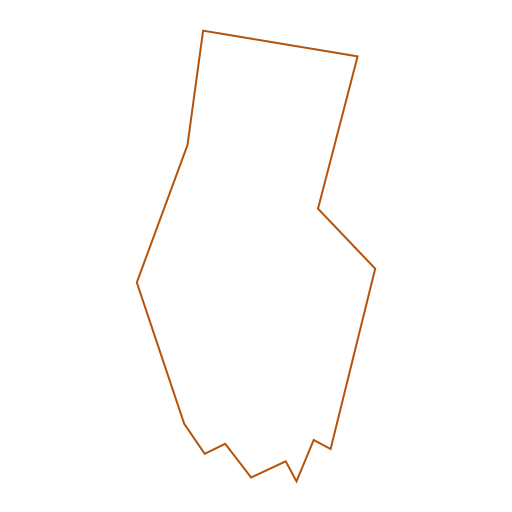 outline of Kapoeta North, Eastern Equatoria, South Sudan
{"feature_id": "79223893B90459000801703", "entity_name": "Kapoeta North", "entity_type": "district", "adm_level": 2, "iso_a3": "SSD", "parent_name": "South Sudan", "parent_adm1": "Eastern Equatoria", "projection": "natural_earth1", "projection_center": [33.472, 5.308], "detail": "fine", "context": "isolated", "style": "outline", "palette": "amber", "viewbox_px": 512, "rotation_deg": 0, "n_neighbors": 0, "source": "geoboundaries", "source_scale": "gbopen_adm2", "svg_char_len": 317}
<svg xmlns="http://www.w3.org/2000/svg" viewBox="0 0 512 512"><path d="M330.6,449.0L375.2,268.7L318.0,208.7L357.6,56.4L203.1,30.7L187.5,145.0L136.8,282.5L184.2,423.8L184.7,424.5L204.7,453.8L225.2,443.8L251.1,477.5L285.7,461.3L296.5,481.3L313.7,440.0L330.6,449.0Z" fill="none" stroke="#b45309" stroke-width="2"/></svg>